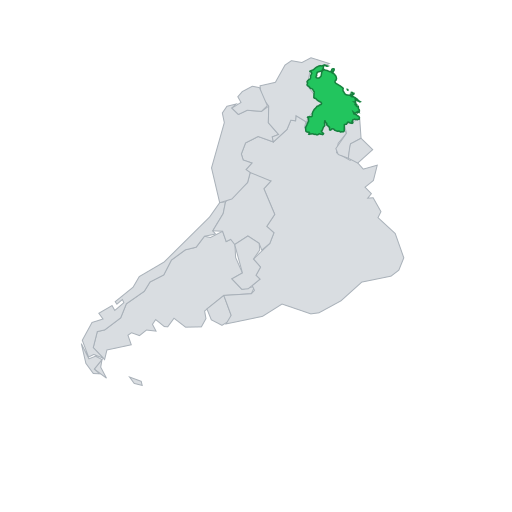 location of Venezuela within South America, rotated 40°
{"feature_id": "VEN", "entity_name": "Venezuela", "entity_type": "country or territory", "adm_level": 0, "iso_a3": "VEN", "parent_name": "South America", "parent_adm1": "", "projection": "robinson", "projection_center": [-65.797, 6.433], "detail": "fine", "context": "in_parent", "style": "filled", "palette": "green", "viewbox_px": 512, "rotation_deg": 40, "n_neighbors": 12, "source": "natural_earth", "source_scale": "50m", "svg_char_len": 9664}
<svg xmlns="http://www.w3.org/2000/svg" viewBox="0 0 512 512"><g transform="rotate(40 256 256)"><path d="M204.6,434.3L208.5,441.0L220.0,445.7L204.8,446.6L204.6,434.3ZM256.7,306.9L252.0,331.2L257.9,336.1L259.7,345.4L247.8,355.8L233.2,356.4L233.9,367.0L231.1,369.0L220.0,369.2L220.6,374.9L227.7,377.8L219.7,383.1L217.9,391.9L210.0,394.8L208.8,399.0L217.5,404.2L202.2,423.8L206.6,432.7L190.2,430.8L183.0,415.9L187.6,409.9L192.1,390.4L187.4,376.0L193.1,354.8L191.5,344.0L197.5,329.8L193.8,313.5L197.9,296.7L204.5,287.7L203.8,274.0L209.2,271.2L214.5,258.5L223.9,264.1L225.9,259.5L231.5,259.7L241.4,270.3L256.5,277.7L252.2,289.0L266.6,290.6L274.5,280.0L276.7,287.9L256.7,306.9Z" fill="#d9dde1" stroke="#a8b0b8" stroke-width="1"/><path d="M204.6,434.3L204.8,446.6L211.9,446.8L206.9,450.6L194.7,447.6L178.5,435.4L194.1,442.2L197.5,435.9L204.6,434.3ZM197.8,234.0L203.6,244.6L206.7,264.5L210.9,265.2L203.8,274.0L204.5,287.7L197.9,296.7L193.8,313.5L197.5,329.8L191.5,344.0L193.1,354.8L187.4,376.0L192.1,390.4L187.6,409.9L183.0,415.9L190.2,430.8L204.8,432.4L195.0,435.7L192.7,441.0L177.1,432.2L173.1,412.3L179.3,402.6L172.4,400.9L177.6,386.5L182.8,388.5L184.8,376.7L181.6,375.2L180.4,382.3L177.5,381.5L181.9,358.9L179.8,346.8L189.5,319.6L195.4,256.0L193.9,238.5L197.8,234.0Z" fill="#d9dde1" stroke="#a8b0b8" stroke-width="1"/><path d="M236.9,430.0L248.6,425.8L252.0,428.3L244.6,431.9L236.9,430.0Z" fill="#d9dde1" stroke="#a8b0b8" stroke-width="1"/><path d="M256.7,306.9L275.1,317.4L277.8,321.3L274.5,331.0L262.8,333.6L252.4,328.1L256.7,306.9Z" fill="#d9dde1" stroke="#a8b0b8" stroke-width="1"/><path d="M276.7,327.3L275.1,317.4L256.7,306.9L276.7,287.9L276.9,283.3L272.1,281.1L273.9,271.2L268.4,270.8L266.6,261.6L256.0,260.0L258.5,237.5L254.8,226.7L245.2,226.4L243.6,212.1L218.8,199.4L219.2,189.0L204.3,196.2L192.8,196.2L193.1,187.4L184.5,190.7L179.2,187.3L175.3,176.1L180.8,163.1L196.0,157.5L198.4,139.2L195.4,129.6L199.4,127.0L196.4,122.8L208.0,121.0L210.4,126.2L218.1,128.2L229.2,120.0L224.6,118.3L221.8,109.3L230.6,111.0L242.6,102.7L246.4,103.8L246.5,116.8L251.3,125.1L266.7,122.2L266.8,118.2L282.3,120.5L290.5,108.5L297.4,122.7L295.3,133.2L304.3,134.1L304.4,139.9L308.3,136.1L323.2,141.7L324.8,148.2L348.2,149.3L370.4,162.4L374.5,175.0L372.4,184.6L353.8,208.0L349.9,235.7L340.7,259.1L335.2,265.1L306.8,276.1L299.8,298.0L276.7,327.3Z" fill="#d9dde1" stroke="#a8b0b8" stroke-width="1"/><path d="M197.9,195.8L219.2,189.0L218.8,199.4L243.6,212.1L245.2,226.4L254.8,226.7L258.5,237.5L256.6,247.8L250.3,244.3L236.9,245.9L232.3,260.9L225.9,259.5L223.9,264.1L214.5,258.5L206.7,264.5L203.6,244.6L197.8,234.0L202.3,205.1L197.9,195.8Z" fill="#d9dde1" stroke="#a8b0b8" stroke-width="1"/><path d="M196.0,157.5L180.8,163.1L175.3,176.1L179.2,187.3L184.5,190.7L193.1,187.4L192.8,196.2L197.9,195.8L202.3,205.1L200.9,227.8L193.9,238.5L165.3,217.1L146.0,174.2L138.3,168.1L137.5,160.0L143.1,152.3L142.4,158.2L151.5,158.9L155.6,150.0L167.2,141.7L169.4,133.0L179.8,146.0L195.2,148.4L191.9,154.3L196.0,157.5Z" fill="#d9dde1" stroke="#a8b0b8" stroke-width="1"/><path d="M211.3,125.5L208.0,121.0L196.4,122.8L199.4,127.0L195.4,129.6L198.4,139.2L196.0,157.5L191.9,154.3L195.2,148.4L179.8,146.0L169.4,133.0L157.6,130.4L149.7,123.0L159.2,110.5L155.5,91.1L157.6,83.6L166.8,78.3L170.7,68.8L188.5,61.4L178.8,80.0L185.5,92.4L209.0,97.6L206.6,116.5L211.3,125.5Z" fill="#d9dde1" stroke="#a8b0b8" stroke-width="1"/><path d="M263.9,121.8L253.8,125.4L248.1,122.4L246.4,103.8L239.1,98.4L247.5,84.5L260.8,98.3L256.3,109.3L263.9,121.8Z" fill="#d9dde1" stroke="#a8b0b8" stroke-width="1"/><path d="M274.2,119.4L263.9,121.8L258.5,113.5L256.3,109.3L260.8,98.3L277.0,99.5L274.2,119.4Z" fill="#d9dde1" stroke="#a8b0b8" stroke-width="1"/><path d="M168.1,133.6L167.2,141.7L155.6,150.0L151.5,158.9L142.4,158.2L145.8,148.0L139.7,145.7L139.8,138.8L144.1,128.3L150.4,124.8L168.1,133.6Z" fill="#d9dde1" stroke="#a8b0b8" stroke-width="1"/><path d="M255.0,249.0L256.0,260.0L266.6,261.6L268.4,270.8L273.9,271.2L271.1,286.1L266.6,290.6L252.2,289.0L256.5,277.7L232.3,260.9L236.9,245.9L250.3,244.3L255.0,249.0Z" fill="#d9dde1" stroke="#a8b0b8" stroke-width="1"/><path d="M246.2,83.4L247.1,84.8L247.1,85.0L246.4,85.5L246.1,86.3L245.4,86.6L244.8,87.1L244.3,87.6L243.7,87.7L243.4,87.9L243.2,88.6L243.0,88.9L242.6,89.3L242.6,89.5L243.1,90.3L243.2,90.5L243.0,90.9L243.1,91.2L243.3,91.5L243.6,91.5L243.9,91.4L244.3,91.4L244.5,91.5L244.6,91.8L244.5,92.4L244.3,92.7L243.3,93.2L242.6,93.7L242.1,93.6L241.8,93.6L241.5,93.9L240.7,94.0L240.3,94.4L240.2,94.7L240.4,95.6L240.4,95.9L240.6,96.9L240.4,97.1L240.1,97.4L239.7,97.9L239.2,98.5L239.3,98.7L242.5,102.7L242.9,103.0L243.2,103.9L243.2,104.2L243.1,104.5L242.9,104.9L242.5,105.2L241.7,105.7L241.4,106.4L241.2,106.6L240.7,106.8L239.8,106.7L239.4,107.2L238.8,107.3L238.4,108.0L237.1,108.5L235.7,108.9L235.4,109.1L234.1,108.8L233.7,108.9L233.0,109.4L232.8,109.4L232.5,109.6L232.4,110.0L232.3,111.5L231.8,112.0L231.2,112.0L230.8,111.5L230.4,111.1L229.6,110.1L229.3,110.0L229.1,110.0L228.4,110.3L227.7,110.0L225.9,110.1L225.6,109.8L225.4,109.3L225.0,108.9L224.7,108.9L223.0,108.9L222.9,108.8L222.6,108.3L222.3,108.1L222.0,108.1L221.8,108.3L222.4,109.1L222.6,109.6L223.1,110.2L224.6,111.6L224.9,112.0L224.8,113.4L224.9,114.2L225.3,115.4L225.8,116.6L225.9,117.3L225.8,117.9L225.7,118.2L225.7,118.3L225.9,118.4L226.4,118.6L227.4,118.7L228.1,118.7L229.1,118.8L229.2,119.2L229.1,119.9L228.9,120.3L228.7,120.4L228.2,120.5L227.6,120.9L226.8,121.3L226.3,121.4L225.9,121.6L225.6,122.5L225.4,123.4L224.9,123.9L224.4,124.3L223.9,124.4L223.5,124.3L223.3,124.5L222.6,125.3L222.3,125.5L221.8,125.5L221.4,125.7L220.8,126.0L220.4,126.3L220.0,126.8L219.6,127.3L219.1,127.7L218.5,128.7L218.1,128.8L218.0,128.4L218.2,127.9L218.0,127.4L217.6,127.1L217.4,127.0L217.2,127.1L216.8,127.3L215.8,128.0L215.5,128.2L214.3,128.4L214.0,128.3L213.6,128.0L211.3,125.7L211.2,125.3L211.3,124.9L211.1,124.3L210.9,123.7L210.8,123.0L210.3,121.5L210.1,121.2L210.1,120.9L210.1,120.6L209.9,120.4L209.6,119.6L209.7,119.3L209.6,118.9L209.1,118.5L208.7,118.0L208.2,117.5L207.8,117.2L207.7,116.8L207.6,116.6L207.3,116.6L206.8,116.4L206.4,116.6L206.3,116.3L206.5,116.0L208.1,114.3L208.9,113.6L209.0,113.5L209.1,113.0L208.2,111.4L207.7,111.0L207.4,110.4L207.0,109.2L206.7,108.5L206.7,108.0L206.7,107.5L206.6,107.0L206.4,106.7L206.4,105.8L206.6,104.3L206.6,103.1L206.5,102.3L206.7,101.7L207.2,101.3L207.5,100.7L207.5,99.8L207.8,99.1L208.3,98.5L208.5,98.0L208.3,97.4L208.3,97.1L207.8,96.7L207.0,96.5L206.4,96.5L206.0,96.7L204.9,97.0L203.3,97.2L201.9,97.2L200.9,97.0L200.1,97.1L199.6,97.5L199.2,97.6L199.0,97.3L198.8,97.3L198.4,97.4L196.8,95.3L195.0,92.7L194.8,92.6L194.1,92.7L193.5,92.5L192.8,92.1L192.2,91.9L191.8,91.9L191.4,91.9L190.4,92.4L189.8,92.5L189.3,92.5L188.1,92.2L187.3,92.2L185.9,92.4L185.3,92.2L184.9,91.8L184.3,90.2L183.4,90.0L183.1,89.8L183.0,89.4L182.9,88.8L183.1,86.8L183.6,86.1L183.4,85.0L183.3,84.4L182.0,83.0L181.3,80.2L181.1,80.1L180.8,80.1L180.5,80.1L180.3,79.5L180.0,79.4L179.3,79.7L178.6,79.9L178.5,79.7L179.2,78.3L180.0,77.0L180.3,76.3L180.6,74.0L181.0,72.3L181.7,70.9L181.9,70.3L182.8,69.0L183.2,68.7L184.2,68.2L185.4,65.9L185.7,65.5L187.8,64.9L188.9,64.4L188.8,64.6L188.4,65.0L188.1,65.2L186.1,65.7L185.7,66.0L185.7,66.5L185.7,66.9L186.3,68.2L186.5,68.5L187.3,69.2L187.1,69.3L186.8,69.4L187.0,70.3L187.5,70.9L187.5,71.3L187.1,72.5L186.5,73.3L186.0,74.1L185.6,74.5L184.8,76.1L185.4,77.1L185.5,77.7L186.0,78.4L186.4,78.6L186.6,78.9L186.5,79.4L186.7,80.1L187.0,80.4L187.3,80.6L187.7,80.6L188.9,80.1L189.2,79.9L189.4,79.6L190.0,78.8L190.1,77.9L190.2,76.8L190.1,76.0L189.4,75.0L189.1,74.3L188.5,73.6L188.1,72.4L188.0,72.0L187.7,70.6L188.2,70.3L188.1,69.5L189.2,69.3L191.4,68.1L192.8,67.8L194.4,67.2L194.8,66.9L195.1,66.3L195.3,66.3L196.2,66.8L196.6,66.6L196.7,66.2L196.5,65.4L196.0,65.4L194.6,65.7L194.5,65.4L194.5,65.1L194.1,64.2L194.6,63.0L195.0,62.8L195.6,62.5L196.0,62.9L196.3,63.2L196.4,63.6L196.5,64.5L196.8,65.4L197.0,66.1L197.4,66.6L197.8,66.5L198.0,66.4L199.5,66.3L200.4,66.7L201.5,66.8L202.6,67.5L203.7,68.4L204.0,69.0L204.0,69.6L204.3,70.0L204.0,70.4L204.2,71.1L204.5,71.8L205.0,72.2L206.3,72.4L207.8,72.1L210.1,71.8L210.8,71.6L214.6,71.4L215.3,71.8L215.4,72.4L216.6,73.6L217.6,73.8L218.4,74.2L219.3,74.4L220.2,74.7L220.8,74.6L221.2,74.5L221.6,74.5L225.0,72.4L226.8,72.5L227.3,72.2L226.6,71.9L225.1,71.7L224.7,72.0L224.4,71.4L224.9,71.4L226.6,71.3L228.5,71.4L230.0,71.0L230.8,70.9L231.3,71.0L232.5,70.8L234.8,71.1L236.7,70.8L236.5,71.2L235.9,71.4L234.9,71.4L234.1,71.9L232.6,71.8L231.4,72.0L231.8,72.2L231.8,72.7L232.0,72.8L232.5,73.2L232.6,73.4L232.7,73.9L232.6,74.5L232.3,74.8L232.8,74.7L233.0,74.4L233.0,74.1L233.0,73.8L233.3,73.9L233.5,74.1L234.1,75.6L234.5,76.3L234.8,76.1L235.0,75.8L235.1,76.0L235.3,76.1L235.2,75.8L235.3,75.4L235.3,75.2L235.5,75.2L236.0,75.3L236.5,75.8L236.9,76.3L236.9,76.6L237.1,76.8L237.3,76.9L237.4,77.2L237.4,76.8L237.3,76.5L237.3,76.2L238.0,76.1L238.2,75.7L238.6,76.0L239.6,77.2L240.0,77.4L241.1,77.6L241.8,78.2L242.2,78.8L242.0,79.3L241.3,79.6L241.0,80.0L240.9,80.3L240.9,80.6L240.7,81.0L240.5,81.7L240.3,82.4L239.9,83.2L238.0,83.2L238.9,83.7L239.6,84.2L240.2,83.8L241.0,83.8L241.9,83.3L242.2,83.2L243.8,83.5L244.2,83.1L244.5,83.0L245.4,83.1L246.2,83.4ZM226.7,68.6L226.9,69.3L226.8,69.5L226.4,70.0L225.7,70.0L225.4,69.9L225.1,69.6L224.8,69.7L224.1,69.5L223.9,69.4L224.2,69.0L224.9,68.8L225.0,69.1L225.4,69.3L225.8,69.3L225.9,68.9L226.5,68.4L226.7,68.6ZM241.6,81.4L240.9,81.7L240.8,81.2L241.6,80.4L241.7,80.5L241.9,80.9L241.9,81.1L241.6,81.4ZM219.8,69.9L219.5,70.0L219.0,69.9L218.8,69.7L219.3,69.5L219.7,69.7L219.8,69.9ZM242.1,80.0L241.5,80.2L241.6,79.8L241.9,79.7L242.1,79.7L242.3,79.6L242.5,79.7L242.2,79.8L242.1,80.0Z" fill="#22c55e" stroke="#15803d" stroke-width="1.5"/></g></svg>